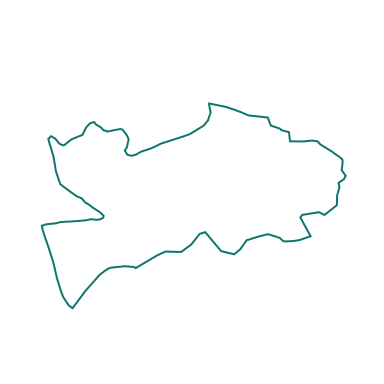 outline of Ikole, Ekiti, Nigeria, rotated 258°
{"feature_id": "59680162B9357675593038", "entity_name": "Ikole", "entity_type": "district", "adm_level": 2, "iso_a3": "NGA", "parent_name": "Nigeria", "parent_adm1": "Ekiti", "projection": "robinson", "projection_center": [5.536, 7.881], "detail": "fine", "context": "isolated", "style": "outline", "palette": "teal", "viewbox_px": 384, "rotation_deg": 258, "n_neighbors": 0, "source": "geoboundaries", "source_scale": "gbopen_adm2", "svg_char_len": 1860}
<svg xmlns="http://www.w3.org/2000/svg" viewBox="0 0 384 384"><g transform="rotate(258 192 192)"><path d="M266.4,63.0L264.0,63.2L255.2,63.9L240.3,63.2L227.0,64.8L224.8,66.7L216.8,73.7L214.4,76.0L213.5,76.8L211.9,78.3L208.6,82.9L204.1,85.3L200.7,89.0L197.2,91.8L191.5,97.6L187.2,100.6L185.5,99.9L184.3,96.6L184.7,92.7L185.3,90.8L186.4,87.6L186.4,82.0L188.2,67.9L189.4,61.1L190.0,56.5L189.6,52.5L190.2,47.9L190.7,42.3L190.3,38.9L190.2,38.1L186.3,38.1L186.2,38.1L180.9,38.5L167.4,40.2L152.1,41.7L135.8,42.0L122.3,43.2L115.9,44.2L106.4,48.0L103.2,51.0L107.4,55.8L117.1,66.8L130.3,84.6L132.9,90.1L134.5,94.2L134.8,97.5L134.5,100.5L133.3,111.2L130.8,119.4L129.3,121.1L137.2,144.6L139.3,153.5L135.6,168.9L140.8,180.3L149.4,190.8L150.0,196.6L128.1,208.2L122.3,220.3L125.9,227.3L133.4,235.3L134.5,246.7L135.0,257.4L131.2,264.4L128.7,268.4L124.8,271.1L123.9,275.1L123.0,280.6L122.6,286.9L123.5,293.7L124.0,298.8L144.6,292.7L146.7,295.0L145.8,312.0L142.0,316.8L149.0,331.0L158.4,333.2L165.7,337.1L170.6,337.4L172.9,343.2L175.8,345.7L182.5,342.9L186.4,344.5L191.8,345.9L193.1,345.6L195.9,343.3L200.6,338.8L201.7,338.1L206.9,332.6L212.0,327.3L215.5,325.3L217.3,320.4L218.3,311.4L221.2,298.4L230.4,299.3L233.9,292.2L235.7,291.2L240.6,282.9L249.1,281.6L255.2,263.1L259.6,257.0L263.2,251.3L268.2,242.8L275.0,227.2L274.1,226.9L265.9,226.7L258.7,222.5L254.4,217.1L253.7,215.0L249.1,202.0L248.1,194.8L247.2,186.0L245.8,171.9L243.2,161.4L242.0,150.5L240.1,144.5L240.1,140.1L241.8,136.6L246.5,134.9L249.1,137.5L256.7,141.0L261.0,140.1L263.3,139.0L267.5,137.0L268.5,134.9L268.7,129.6L268.7,121.6L269.9,120.4L270.6,118.5L274.3,116.1L277.9,112.2L280.8,110.8L280.4,106.7L277.5,102.2L273.9,99.3L270.6,96.6L269.6,90.6L268.5,85.0L266.1,80.2L264.2,76.4L266.1,73.0L267.7,71.8L272.4,69.5L275.9,65.8L273.8,62.5L269.5,62.7L266.4,63.0Z" fill="none" stroke="#0f766e" stroke-width="2"/></g></svg>